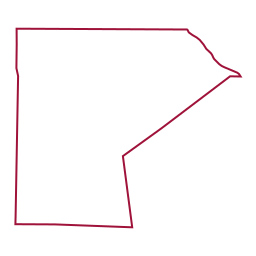 the district of Ralls, Missouri, United States of America
{"feature_id": "52423323B19390518070965", "entity_name": "Ralls", "entity_type": "district", "adm_level": 2, "iso_a3": "USA", "parent_name": "United States of America", "parent_adm1": "Missouri", "projection": "mercator", "projection_center": [-91.377, 39.503], "detail": "fine", "context": "isolated", "style": "outline", "palette": "rose", "viewbox_px": 256, "rotation_deg": 0, "n_neighbors": 0, "source": "geoboundaries", "source_scale": "gbopen_adm2", "svg_char_len": 457}
<svg xmlns="http://www.w3.org/2000/svg" viewBox="0 0 256 256"><path d="M132.2,227.3L122.9,156.1L161.6,128.2L230.1,76.3L240.6,76.5L239.0,74.0L237.3,72.7L224.5,67.3L221.8,66.0L219.3,64.2L214.3,59.2L213.3,57.6L212.3,55.3L211.1,53.4L206.3,48.9L203.6,44.6L199.7,39.9L196.7,37.5L192.4,35.0L188.8,32.4L187.6,30.0L187.0,29.5L16.6,28.7L16.7,44.3L16.4,68.1L18.1,76.0L15.6,216.3L15.4,224.2L54.8,224.4L132.2,227.3Z" fill="none" stroke="#9f1239" stroke-width="2"/></svg>